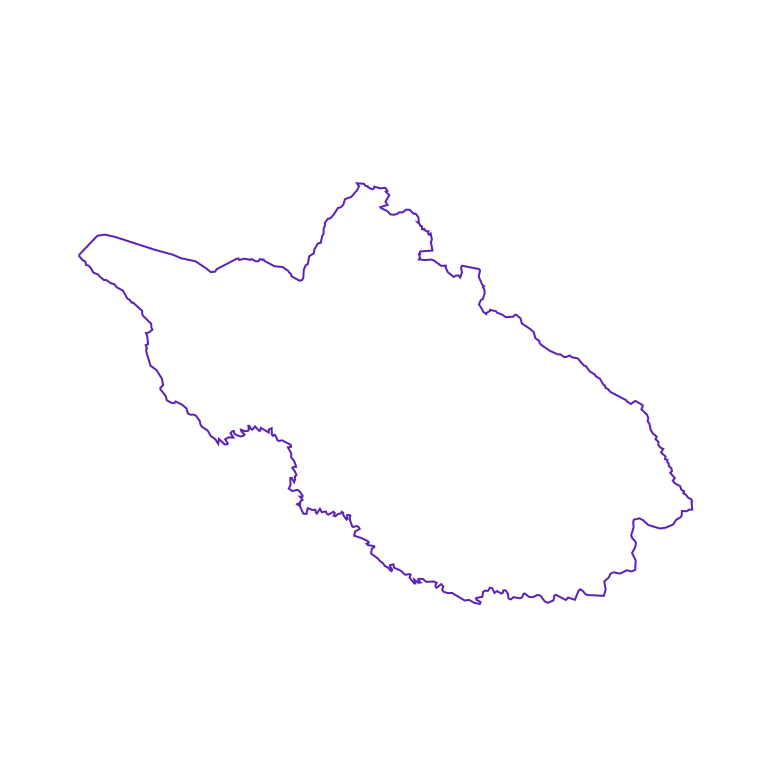 Kamonyi, Southern, Rwanda (Equal Earth projection), rotated 132°
{"feature_id": "39286606B23352434464252", "entity_name": "Kamonyi", "entity_type": "district", "adm_level": 2, "iso_a3": "RWA", "parent_name": "Rwanda", "parent_adm1": "Southern", "projection": "equal_earth", "projection_center": [29.885, -2.028], "detail": "fine", "context": "isolated", "style": "outline", "palette": "violet", "viewbox_px": 768, "rotation_deg": 132, "n_neighbors": 0, "source": "geoboundaries", "source_scale": "gbopen_adm2", "svg_char_len": 6125}
<svg xmlns="http://www.w3.org/2000/svg" viewBox="0 0 768 768"><g transform="rotate(132 384 384)"><path d="M490.9,179.2L487.5,176.3L486.3,170.7L483.4,165.6L481.4,166.3L482.5,171.0L481.4,172.3L476.3,168.5L472.3,171.2L470.3,170.9L468.3,168.4L464.4,168.9L463.4,166.9L465.3,162.1L462.4,161.5L461.0,156.4L459.7,156.0L457.5,157.2L456.0,155.6L456.9,151.8L459.7,148.4L459.9,146.8L459.0,145.5L455.9,145.2L452.1,139.4L450.1,138.7L446.4,139.9L445.5,139.1L445.1,133.6L444.3,132.3L441.8,130.2L438.4,129.1L437.1,127.3L436.6,125.8L438.0,119.2L437.1,115.9L431.4,113.3L427.4,115.8L425.7,115.3L422.8,104.3L419.5,104.3L416.6,97.7L407.8,101.0L405.3,100.9L404.8,97.6L405.4,93.8L404.7,91.6L394.3,78.9L388.4,81.8L383.4,88.2L377.4,87.5L373.5,88.7L370.3,87.4L367.0,81.7L360.0,78.9L357.6,74.5L354.0,73.0L346.7,78.9L343.6,86.6L337.0,88.2L334.1,89.9L332.9,91.6L332.4,96.6L331.1,99.0L323.6,102.5L319.9,106.4L317.7,107.5L312.9,104.3L311.9,100.5L311.9,93.2L306.8,82.3L302.4,78.6L295.0,75.1L289.5,76.0L284.8,74.5L282.9,74.6L279.0,77.6L276.2,74.1L273.2,73.0L271.0,71.0L266.0,76.4L265.0,76.5L264.1,78.8L265.0,81.9L264.3,85.4L264.9,88.6L262.9,89.2L263.6,92.3L261.8,95.5L263.2,101.8L262.6,104.7L259.4,104.9L258.5,111.9L256.0,111.7L254.3,114.1L254.5,117.2L252.5,119.4L252.5,121.1L250.7,122.7L251.8,124.9L249.5,126.3L249.5,132.3L245.4,133.0L246.3,136.1L245.7,139.5L243.3,141.3L243.4,145.2L240.7,146.0L240.9,151.1L239.6,155.3L235.8,160.3L235.4,163.0L232.4,164.8L230.8,168.1L230.6,175.8L227.9,176.5L226.6,177.7L228.4,185.9L233.7,187.2L234.4,192.0L234.0,193.2L238.4,210.5L237.9,214.5L238.7,216.6L237.4,218.8L237.7,220.4L235.6,227.1L236.5,231.7L235.9,234.2L237.0,239.3L235.6,246.1L236.6,247.9L235.3,257.1L238.4,262.2L238.6,265.1L242.4,266.9L243.5,268.3L244.0,273.1L245.5,274.1L248.3,282.7L249.7,293.1L249.5,295.7L248.1,297.4L248.7,302.2L245.3,307.2L245.3,312.2L246.8,322.1L243.9,326.4L244.1,331.9L244.8,333.0L247.6,333.0L252.8,338.2L253.5,343.0L255.4,347.8L255.0,349.5L257.3,353.7L257.9,354.8L258.8,354.1L262.6,355.4L263.6,354.8L264.0,358.8L262.7,361.2L261.4,366.6L257.0,368.2L254.8,367.4L249.3,369.8L246.3,373.2L246.0,375.1L244.4,375.1L244.6,377.1L240.9,385.4L235.4,388.6L234.9,390.1L243.9,405.2L246.3,404.3L248.8,400.8L253.9,398.6L253.6,401.4L255.5,403.2L257.8,403.8L258.2,411.4L256.2,416.1L254.7,417.2L258.0,420.7L258.8,429.5L260.0,432.3L264.5,436.4L268.0,441.4L266.1,441.7L264.2,444.8L263.3,444.0L262.5,445.4L261.1,445.6L252.4,437.3L247.1,444.1L244.6,445.0L241.0,450.0L243.0,450.4L242.8,451.6L240.8,453.3L241.8,454.0L242.6,457.2L241.7,457.9L243.5,459.4L241.5,461.3L242.2,463.2L241.4,464.1L241.3,467.2L240.6,466.0L237.0,470.2L236.3,474.6L237.7,475.9L237.3,481.4L239.6,484.2L243.8,484.9L246.5,487.7L248.6,487.9L251.6,489.9L253.7,492.8L253.3,497.0L255.2,503.8L255.0,505.1L248.5,501.2L247.5,504.9L240.2,506.4L239.9,511.3L238.2,510.7L237.3,514.2L241.1,517.7L243.9,523.3L245.9,522.3L247.1,523.0L248.5,527.4L247.9,528.4L249.2,530.3L248.6,532.8L252.9,538.4L253.8,534.8L258.2,533.7L266.8,533.5L272.8,536.7L278.0,534.2L281.6,534.4L284.0,536.0L291.8,534.7L297.0,534.8L298.8,536.3L303.4,535.9L306.1,533.7L308.7,533.0L312.9,529.4L315.5,528.9L321.4,525.5L323.8,527.2L330.8,525.7L333.8,523.6L339.2,525.1L345.7,520.9L348.3,521.6L352.7,520.1L359.1,515.0L361.5,514.4L363.8,515.9L365.8,524.8L364.5,526.9L364.6,529.6L364.0,530.9L365.0,537.8L369.8,544.2L372.4,554.6L372.1,556.9L373.0,557.1L374.1,559.7L376.7,559.5L378.5,561.2L379.7,565.9L380.9,566.1L384.4,571.7L388.7,574.6L388.1,576.2L389.2,577.2L410.7,585.2L413.5,584.7L416.8,587.6L417.1,594.1L419.0,606.3L426.4,619.1L429.1,627.2L438.0,645.0L454.6,682.2L459.6,691.2L465.6,696.2L491.6,697.0L493.0,695.9L493.6,690.6L492.8,687.9L495.0,684.9L493.9,683.4L493.8,680.0L495.7,674.6L493.9,669.4L494.4,667.5L494.1,661.6L492.7,660.3L491.8,654.2L490.3,651.3L491.0,647.3L489.3,640.6L492.2,632.0L491.7,629.5L492.3,625.7L491.4,625.0L491.5,612.8L494.0,610.2L494.6,608.3L495.0,597.3L497.5,594.9L498.7,592.4L503.6,593.4L505.4,595.0L507.0,591.9L512.2,586.0L514.6,587.1L516.2,584.0L517.9,583.6L519.5,581.6L526.6,569.8L525.9,562.3L528.7,552.5L532.6,547.4L536.4,547.6L537.5,546.7L539.0,538.3L541.4,534.5L540.0,528.5L538.4,527.0L536.5,527.2L534.5,520.5L534.3,514.3L537.1,510.2L536.4,507.4L534.2,505.1L533.4,502.5L534.7,496.3L536.8,493.5L537.6,490.9L536.6,483.8L538.6,477.8L537.9,472.4L539.4,467.2L535.3,469.9L535.5,461.9L533.6,460.1L532.7,460.3L531.4,465.0L527.7,463.9L524.6,460.0L523.3,465.1L520.9,465.2L519.4,464.1L521.1,461.9L520.5,459.1L519.0,455.5L516.8,453.9L514.9,453.8L514.7,458.1L513.7,459.7L512.1,455.7L509.8,453.8L508.6,453.7L505.8,456.8L505.2,456.1L506.3,453.2L506.0,451.3L501.8,451.4L502.4,445.6L501.6,444.8L499.0,446.2L497.2,437.2L494.9,439.1L492.0,437.9L496.7,433.5L496.8,431.7L495.1,431.6L494.8,430.3L497.0,425.7L496.7,424.0L494.1,422.1L491.6,412.6L492.8,411.1L495.4,413.0L497.6,406.6L500.7,403.8L501.2,399.7L503.6,394.9L504.4,393.9L506.1,395.7L507.8,396.0L508.3,392.4L510.3,388.1L512.4,388.3L514.4,386.2L517.2,385.1L515.5,389.7L516.5,390.8L521.7,385.8L525.5,384.8L524.8,380.4L520.6,377.5L520.2,375.6L521.4,369.8L522.4,369.1L524.0,371.2L524.6,367.0L527.4,367.7L529.4,365.9L530.5,368.1L531.5,368.2L530.9,365.0L534.3,357.3L532.5,354.7L527.4,357.6L525.4,352.8L523.4,350.8L524.9,349.1L525.2,347.2L519.6,348.1L520.9,344.5L517.7,341.9L518.6,340.0L518.4,338.0L512.8,336.1L512.8,334.2L515.6,333.3L514.9,331.6L511.4,331.3L509.3,329.5L507.2,329.9L507.0,328.1L508.6,326.8L509.9,321.1L508.7,320.9L506.3,323.7L504.4,322.2L504.3,321.0L507.3,319.2L511.1,312.4L510.9,311.2L507.8,309.3L507.3,307.2L508.0,305.1L513.0,306.8L516.7,304.6L513.6,297.7L511.6,290.8L512.0,289.1L514.4,290.0L514.5,288.3L511.1,282.8L511.5,282.1L514.6,282.8L518.6,280.1L517.8,271.5L518.3,268.5L517.9,265.0L518.7,261.6L517.7,257.8L518.3,254.7L518.0,253.2L516.5,253.6L515.6,257.3L514.6,258.3L511.7,256.3L513.8,253.7L511.5,246.7L511.6,240.6L507.8,237.4L508.0,236.5L510.8,235.5L511.9,228.0L511.3,227.3L509.1,230.6L508.8,225.6L507.0,224.0L506.6,227.8L505.8,228.0L502.9,224.7L502.8,220.3L497.5,214.9L496.5,211.8L498.9,211.2L500.1,210.2L500.3,208.5L494.4,207.6L494.9,204.4L498.1,203.1L498.5,200.6L496.7,196.7L493.7,193.5L490.9,179.2Z" fill="none" stroke="#5b21b6" stroke-width="2"/></g></svg>